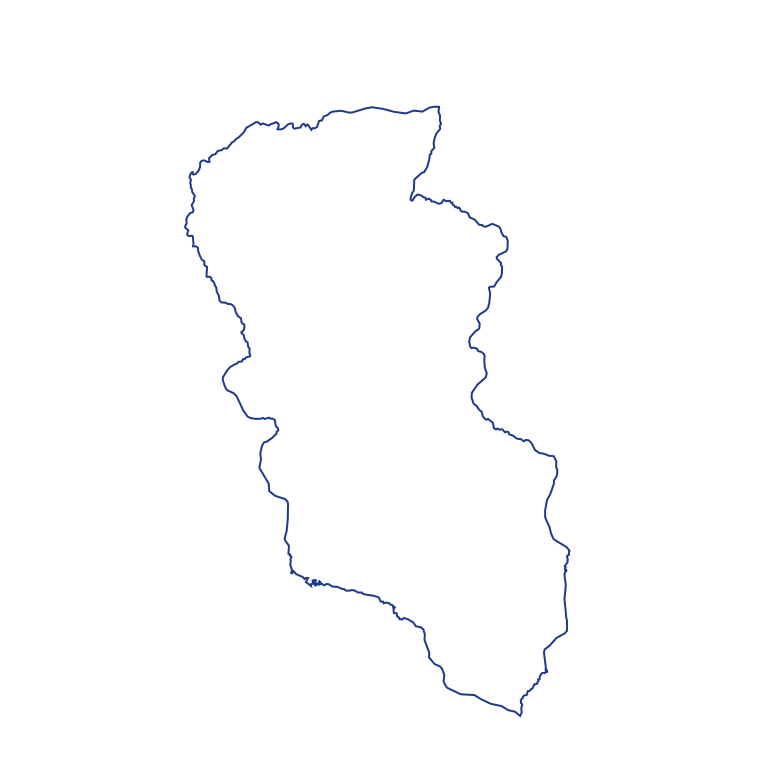 Lom Kao, Phetchabun, Thailand, rotated 286°
{"feature_id": "78962969B1272323537796", "entity_name": "Lom Kao", "entity_type": "district", "adm_level": 2, "iso_a3": "THA", "parent_name": "Thailand", "parent_adm1": "Phetchabun", "projection": "mercator", "projection_center": [101.252, 16.992], "detail": "fine", "context": "isolated", "style": "outline", "palette": "blue", "viewbox_px": 768, "rotation_deg": 286, "n_neighbors": 0, "source": "geoboundaries", "source_scale": "gbopen_adm2", "svg_char_len": 6154}
<svg xmlns="http://www.w3.org/2000/svg" viewBox="0 0 768 768"><g transform="rotate(286 384 384)"><path d="M133.6,502.6L128.7,509.9L128.0,515.5L126.4,518.2L121.1,522.1L114.4,523.3L110.3,527.1L109.3,528.8L106.9,543.2L109.9,556.6L107.7,564.4L106.0,574.8L106.8,585.6L104.7,593.2L105.1,600.3L102.4,606.3L106.3,606.9L109.8,605.4L114.2,605.2L114.9,603.8L117.5,602.7L119.5,603.1L120.1,603.9L121.8,603.7L123.4,604.8L124.4,606.9L128.4,606.9L129.2,608.6L131.6,609.7L132.1,610.6L137.0,611.4L137.2,612.8L138.4,614.0L140.0,613.7L141.2,614.4L142.6,613.8L143.1,614.9L145.5,614.4L149.1,615.2L150.2,616.6L150.5,618.3L152.4,618.9L151.9,619.8L152.5,620.2L154.1,619.0L153.8,618.2L154.4,617.9L155.9,617.8L169.9,611.8L173.2,611.6L178.1,615.3L187.5,619.8L194.2,626.6L197.1,627.9L207.2,625.1L208.7,624.0L226.9,616.8L240.8,614.2L250.5,610.0L253.1,609.9L254.7,610.8L255.3,610.4L254.8,609.6L256.4,608.8L257.9,609.2L258.6,607.9L263.5,609.6L264.8,608.9L265.7,609.2L268.4,607.5L269.7,607.6L270.8,609.0L273.6,608.0L275.0,608.3L277.5,604.3L281.6,589.8L286.4,585.7L292.0,582.6L300.0,575.8L306.5,573.8L317.3,572.7L324.0,574.2L335.1,574.8L338.1,573.9L341.9,575.2L345.8,575.2L349.3,574.2L351.5,572.4L357.2,570.9L361.4,567.1L360.5,562.4L361.0,557.0L360.5,552.3L362.0,547.5L368.1,541.8L369.8,538.3L369.2,535.5L367.5,534.1L368.7,530.8L368.1,527.0L370.0,521.8L370.0,518.4L371.8,517.2L372.2,515.5L370.9,513.5L372.7,511.0L372.9,509.5L371.9,507.7L372.6,505.4L371.2,504.4L371.8,501.9L376.8,499.3L379.1,493.6L377.8,492.1L379.2,489.2L380.6,487.6L384.0,485.8L385.8,482.1L388.4,479.2L389.9,475.4L395.4,471.8L400.0,470.9L409.0,473.9L418.4,480.0L422.7,479.8L427.5,476.4L434.9,473.7L438.6,473.1L440.2,471.9L441.6,469.3L441.6,465.5L443.5,463.9L443.7,460.4L442.7,458.4L443.0,457.1L448.0,454.2L452.5,453.8L459.8,457.3L462.5,459.7L464.3,460.2L468.5,459.3L472.3,455.5L474.5,455.4L477.8,457.2L482.9,461.7L486.2,463.0L490.8,462.9L500.3,461.1L505.5,458.3L506.6,459.0L508.0,463.0L513.2,464.3L518.6,466.8L522.2,466.9L529.2,465.2L530.9,463.4L532.6,463.1L535.7,457.8L537.0,457.3L539.9,458.8L545.2,464.9L548.0,465.4L555.9,463.5L559.2,460.8L559.0,458.1L562.4,454.8L564.7,453.7L567.0,450.9L567.8,443.9L563.4,438.8L562.9,436.0L563.9,434.6L563.3,431.5L567.0,426.0L567.8,420.4L571.3,417.7L571.9,414.2L571.2,411.7L571.9,409.9L574.3,407.8L573.4,406.2L574.2,404.8L573.6,403.7L574.9,402.4L575.4,400.5L577.2,399.7L576.9,398.1L578.2,396.8L576.9,393.3L577.6,390.5L573.6,389.2L572.4,386.9L573.1,381.6L572.6,379.2L573.8,378.4L574.5,376.4L572.7,373.4L574.6,372.6L574.3,371.1L575.5,367.6L575.4,364.0L571.9,361.8L568.0,360.7L568.2,359.0L569.3,358.4L571.4,358.3L575.3,358.4L578.2,359.3L588.8,356.8L597.9,362.4L598.5,364.1L604.7,365.8L612.5,365.6L617.0,364.8L618.4,366.0L620.9,365.3L624.8,367.2L629.2,365.3L635.1,364.9L639.4,365.4L644.7,367.7L647.3,366.5L650.2,367.0L652.6,365.1L657.4,363.9L660.5,361.4L665.6,360.6L664.4,355.9L662.1,351.4L656.4,345.8L655.0,337.3L650.1,330.4L648.4,318.5L648.2,307.4L646.8,296.5L643.6,289.9L636.2,278.6L635.3,275.7L634.8,267.3L631.8,259.8L630.1,257.6L626.7,255.3L624.6,252.3L620.3,251.7L619.0,249.1L613.0,248.8L610.9,247.3L610.3,244.9L608.3,244.1L612.2,239.6L612.2,238.6L610.2,237.7L612.1,235.2L610.4,233.6L607.5,233.0L604.7,227.4L605.5,225.8L609.0,224.6L608.9,222.7L607.2,220.2L602.0,217.1L600.0,214.1L599.6,211.4L602.7,211.7L604.9,211.0L606.0,208.4L602.4,203.3L600.7,202.1L601.0,195.4L599.3,193.9L600.9,190.6L600.5,188.9L592.4,181.1L586.9,179.7L581.2,176.4L578.1,173.8L576.1,173.1L574.5,171.4L566.9,168.1L566.6,165.4L563.7,163.0L562.2,159.9L558.4,158.5L556.8,155.8L552.9,153.6L549.4,154.9L548.8,153.5L549.4,149.4L548.2,147.1L546.0,146.3L542.0,147.4L538.1,147.0L533.9,145.1L532.8,143.0L533.3,142.2L534.9,141.8L534.3,140.8L532.8,140.1L528.9,140.1L527.2,142.1L523.3,142.4L522.3,143.4L519.4,144.2L518.6,145.4L515.7,146.8L512.6,150.3L508.9,150.2L507.7,151.0L502.9,149.8L498.9,152.9L496.5,152.9L494.7,150.4L490.9,148.9L487.5,148.6L484.2,150.0L481.5,149.4L479.6,149.7L477.7,153.5L473.3,153.5L472.3,155.8L473.6,158.4L473.2,159.5L466.1,162.3L463.7,162.5L464.5,165.5L463.4,167.8L460.9,168.5L456.2,171.9L453.3,174.6L452.4,177.5L448.7,178.6L447.8,181.6L438.5,183.7L438.2,184.3L439.1,186.9L438.5,188.6L436.0,189.8L435.8,191.3L433.9,193.3L431.9,194.4L430.8,196.0L426.6,197.8L423.4,200.9L418.9,202.9L417.6,205.1L418.5,209.6L417.9,211.7L418.5,214.4L418.1,216.6L416.4,219.3L412.5,221.5L409.1,224.6L407.7,228.4L404.2,230.0L403.0,231.4L402.8,233.1L400.7,234.1L397.9,234.3L395.8,233.7L394.7,232.6L393.7,233.0L392.3,235.7L389.0,237.4L386.8,239.7L386.6,241.3L382.7,243.0L381.0,245.0L376.3,246.2L374.9,247.5L373.6,247.5L371.8,244.4L369.4,243.0L369.1,241.6L366.5,241.2L365.1,237.8L363.0,237.1L362.2,235.6L358.0,231.5L353.8,229.5L346.0,227.3L343.5,227.9L338.7,231.0L335.8,233.5L334.7,235.5L333.8,241.8L331.6,245.7L319.7,256.1L315.2,261.7L314.5,264.8L315.0,269.8L316.6,275.0L318.0,276.8L317.5,278.9L319.9,282.7L319.4,284.5L320.0,285.8L319.4,288.9L313.8,291.6L312.0,294.3L310.3,295.2L308.4,293.9L306.6,294.3L301.3,291.3L296.3,287.2L295.0,284.9L290.8,283.7L283.4,284.2L277.5,286.5L269.0,287.3L256.6,300.5L249.3,303.3L246.5,310.2L246.1,320.7L244.3,323.7L242.3,324.8L227.0,328.9L216.1,330.9L208.4,331.0L206.4,332.1L202.3,337.2L194.3,339.0L194.3,340.7L192.9,340.9L192.5,342.6L189.2,342.5L187.7,343.4L186.1,343.3L183.6,344.1L180.0,346.8L176.7,346.9L176.7,347.7L179.1,348.8L177.0,352.0L176.0,359.3L174.6,361.3L176.0,362.3L176.5,364.4L172.1,363.5L169.7,369.6L171.3,368.9L172.6,370.8L175.4,369.5L176.7,371.9L176.4,372.7L175.1,371.5L172.6,371.7L171.4,373.2L171.9,374.3L173.8,373.7L173.0,376.2L173.6,377.7L175.0,377.4L175.1,376.0L176.5,376.3L174.7,379.4L174.0,382.1L175.9,383.8L176.3,386.2L175.1,390.2L176.2,395.3L175.4,400.7L175.9,402.1L174.9,404.7L176.1,408.5L176.9,409.1L177.4,412.3L176.4,416.7L177.5,420.2L176.6,421.4L176.5,424.0L177.6,432.6L177.4,437.8L174.0,440.8L174.5,443.2L173.1,444.1L174.4,446.2L174.7,449.6L173.8,450.7L173.7,453.3L172.2,454.2L172.9,454.4L172.3,456.0L170.2,455.2L166.5,456.6L167.1,459.3L164.2,460.7L163.5,463.2L162.3,463.6L162.5,466.1L164.6,467.6L164.4,471.9L162.9,477.9L159.9,481.4L160.3,486.4L159.0,489.5L154.5,492.3L149.1,493.5L138.3,501.5L133.6,502.6Z" fill="none" stroke="#1e3a8a" stroke-width="2"/></g></svg>